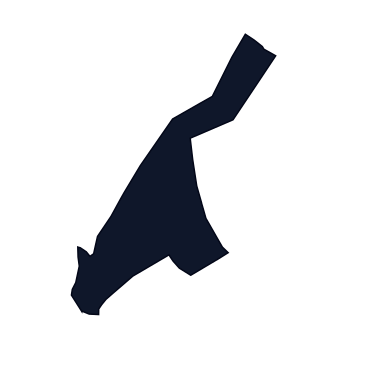 the district of Sayat, Chardzhou, Turkmenistan, rotated 214°
{"feature_id": "10190150B84447090793547", "entity_name": "Sayat", "entity_type": "district", "adm_level": 2, "iso_a3": "TKM", "parent_name": "Turkmenistan", "parent_adm1": "Chardzhou", "projection": "equal_earth", "projection_center": [63.688, 37.927], "detail": "fine", "context": "isolated", "style": "filled", "palette": "ink", "viewbox_px": 384, "rotation_deg": 214, "n_neighbors": 0, "source": "geoboundaries", "source_scale": "gbopen_adm2", "svg_char_len": 972}
<svg xmlns="http://www.w3.org/2000/svg" viewBox="0 0 384 384"><g transform="rotate(214 192 192)"><path d="M250.1,74.4L244.0,67.5L237.7,51.9L236.8,44.4L234.3,39.1L216.5,31.3L216.7,31.7L209.0,33.3L200.9,38.2L203.9,42.8L203.9,45.2L203.9,48.1L203.3,54.9L200.8,64.4L194.0,89.3L175.9,127.1L173.9,126.1L168.9,124.1L159.9,121.8L146.5,122.3L133.8,149.2L133.5,149.7L128.1,161.9L136.0,163.3L144.8,167.6L162.8,176.5L165.7,177.9L173.4,184.4L178.2,188.4L178.2,188.5L191.4,199.6L196.3,204.9L196.4,205.0L209.6,219.3L223.0,234.9L223.0,235.0L223.6,235.6L198.4,274.8L198.6,318.4L198.6,318.5L198.8,351.7L212.3,350.6L215.0,351.9L225.4,352.7L236.0,352.6L234.3,326.0L228.6,282.6L234.8,270.2L248.9,241.7L249.6,185.1L248.5,164.6L247.9,153.3L247.4,147.0L245.5,126.5L245.5,126.1L245.5,102.6L245.5,102.4L242.0,93.4L239.0,85.8L240.6,81.6L241.0,81.7L246.2,83.3L247.4,83.3L253.5,83.3L254.6,82.9L255.2,82.7L255.9,82.5L255.1,81.4L250.1,74.4Z" fill="#0f172a" stroke="#020617" stroke-width="1.5"/></g></svg>